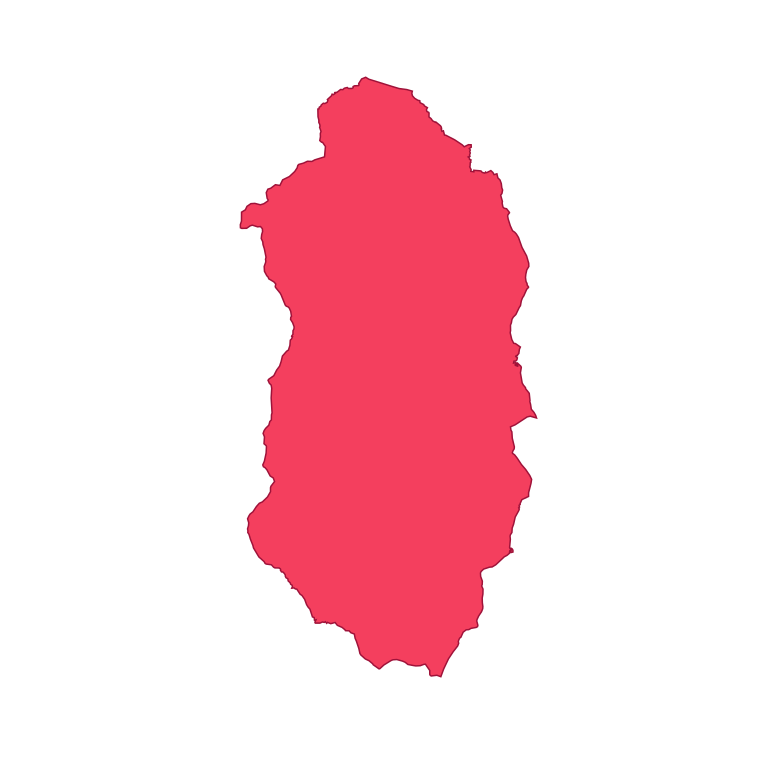 outline of Ieud, Maramures, Romania, rotated 340°
{"feature_id": "2599482B19254849512468", "entity_name": "Ieud", "entity_type": "district", "adm_level": 2, "iso_a3": "ROU", "parent_name": "Romania", "parent_adm1": "Maramures", "projection": "orthographic", "projection_center": [24.211, 47.638], "detail": "fine", "context": "isolated", "style": "filled", "palette": "rose", "viewbox_px": 768, "rotation_deg": 340, "n_neighbors": 0, "source": "geoboundaries", "source_scale": "gbopen_adm2", "svg_char_len": 6145}
<svg xmlns="http://www.w3.org/2000/svg" viewBox="0 0 768 768"><g transform="rotate(340 384 384)"><path d="M337.3,678.5L342.6,672.2L350.6,664.3L357.5,659.2L363.6,655.4L365.5,653.2L365.7,651.5L366.8,650.0L368.3,648.6L369.6,648.3L373.5,644.3L377.2,643.1L379.6,643.8L382.3,643.4L387.4,644.3L388.9,644.0L389.7,642.8L390.1,638.4L390.9,637.1L393.6,634.4L397.8,631.3L399.9,628.9L400.8,626.9L401.6,623.2L403.1,618.7L405.1,615.2L406.9,610.6L406.7,607.2L407.7,606.0L409.0,602.9L409.0,597.9L410.0,594.6L411.1,593.4L414.3,592.0L420.5,592.2L423.0,592.9L427.2,592.1L438.0,587.5L441.0,587.1L443.9,586.0L445.2,583.6L446.6,582.9L446.9,583.4L445.6,584.7L445.6,585.8L447.7,586.0L448.3,584.3L448.1,582.9L447.3,581.8L446.1,581.4L446.1,580.6L449.6,573.2L450.4,570.1L451.1,569.0L453.4,567.3L455.2,563.2L457.8,560.1L461.8,553.9L467.5,548.9L468.4,547.7L468.2,546.4L469.3,546.0L469.3,544.7L469.7,544.0L470.7,543.9L471.0,542.9L474.0,539.8L481.4,539.1L482.7,535.6L488.1,527.7L490.1,524.1L489.7,519.9L487.9,512.8L485.6,506.7L483.8,499.2L482.5,495.2L481.1,493.2L481.1,492.5L482.3,490.9L484.1,489.5L485.0,487.7L486.0,478.8L487.8,472.7L487.5,470.8L488.2,467.5L493.3,467.2L507.3,463.9L510.4,464.3L515.7,468.1L515.8,465.3L515.2,461.9L513.8,458.1L514.8,453.1L515.0,450.3L515.5,449.6L517.3,442.4L515.5,437.0L515.7,435.7L514.6,432.7L514.2,430.3L516.0,420.2L518.7,415.4L518.7,414.2L516.5,409.8L516.0,409.8L515.9,412.9L515.7,413.0L513.8,411.4L513.8,410.8L514.1,410.6L515.2,411.0L515.5,410.0L515.2,409.1L512.9,408.6L514.0,407.0L515.5,407.5L517.1,406.8L518.3,405.0L517.2,403.2L517.7,402.7L519.1,403.0L519.2,402.4L521.1,401.5L523.1,397.7L524.8,395.9L521.4,391.0L519.8,390.1L519.3,385.8L520.1,379.0L521.2,377.1L523.0,371.9L524.6,370.1L526.4,367.0L528.3,365.4L531.7,363.8L537.4,358.2L539.0,357.1L541.5,352.8L543.7,350.3L545.5,349.0L550.5,343.8L552.8,342.7L553.0,342.1L552.4,340.1L552.8,338.4L552.5,336.3L553.4,332.3L554.8,329.4L557.2,325.6L560.3,323.1L561.3,320.0L561.8,312.5L560.4,302.8L560.5,292.4L559.7,288.4L558.8,286.2L557.2,283.9L556.8,278.5L557.1,271.6L557.6,268.6L558.3,267.4L560.5,266.0L560.5,265.5L559.1,261.2L557.1,260.0L556.3,258.3L556.9,254.4L557.7,253.0L558.2,246.5L560.0,245.3L561.8,242.3L561.8,239.9L562.8,235.7L562.8,232.0L561.5,229.2L562.0,225.1L559.0,224.9L558.7,222.5L557.4,220.0L552.9,220.5L552.2,220.3L551.9,219.6L550.8,220.3L548.7,218.8L548.0,217.0L546.5,216.2L541.5,213.9L541.0,215.3L538.3,213.9L539.2,212.3L538.8,209.2L539.3,208.9L540.7,205.6L541.5,205.3L541.7,203.9L542.4,203.3L541.2,202.1L541.6,200.9L540.8,199.5L542.7,199.4L542.7,198.1L544.1,196.4L544.0,194.9L545.1,193.7L544.7,191.9L547.0,191.3L547.7,189.0L545.2,188.0L540.5,188.5L539.3,186.0L534.0,178.8L527.2,171.4L526.0,170.8L526.4,166.4L524.9,166.4L525.0,163.9L525.4,163.9L525.7,162.2L525.4,160.7L522.3,155.5L521.8,155.7L519.7,153.3L519.0,150.7L517.6,148.4L519.0,144.8L518.9,144.0L517.5,142.6L517.6,141.5L517.9,140.4L519.3,139.2L517.1,136.5L516.9,135.0L514.1,132.0L514.5,130.0L512.9,129.0L510.5,126.0L509.3,122.9L509.6,120.3L510.8,118.5L506.1,115.1L499.2,111.5L493.7,107.4L474.0,92.4L471.7,89.5L467.3,89.7L463.0,93.0L462.8,94.4L462.2,94.9L458.2,93.7L456.7,93.9L456.4,95.0L455.0,95.3L451.6,94.1L450.9,92.8L447.9,92.5L446.0,93.3L443.9,92.4L439.7,93.8L437.4,93.3L437.2,93.6L437.6,94.2L435.4,94.8L434.4,93.9L433.2,95.2L428.1,97.3L428.3,98.3L426.9,99.9L424.3,100.2L423.0,99.4L420.4,100.4L419.6,101.4L417.8,101.8L417.0,103.2L415.9,103.0L413.4,110.3L413.0,113.8L412.2,116.0L412.4,117.9L412.1,119.8L411.3,120.7L411.2,125.1L409.8,126.9L408.8,130.0L406.9,133.3L408.0,135.4L408.9,135.9L410.2,140.8L405.8,150.2L395.6,149.7L392.4,150.2L388.2,148.5L383.8,148.9L379.1,148.5L377.8,149.1L376.3,151.2L372.8,153.8L366.0,156.7L358.6,157.5L354.1,161.8L350.1,159.6L344.5,161.3L341.5,161.2L338.8,163.9L337.7,169.6L338.1,171.4L337.4,172.3L332.7,173.5L329.1,173.3L324.4,170.1L320.6,169.0L316.0,170.2L313.3,172.9L308.9,173.8L305.8,182.2L303.5,185.1L302.5,188.1L303.5,189.1L308.2,190.7L312.4,189.6L314.6,189.7L319.0,193.1L321.8,193.8L322.8,196.5L322.0,199.3L320.2,201.7L318.4,205.3L318.7,208.9L318.0,211.6L317.8,216.0L316.5,224.5L315.3,226.3L315.0,228.0L314.3,229.3L311.6,232.6L310.2,237.3L310.9,242.2L311.7,244.0L311.7,245.8L315.4,250.3L316.5,253.0L315.1,255.3L315.1,256.1L317.5,263.1L317.8,265.0L318.2,276.0L318.7,277.3L320.3,278.8L320.9,280.1L321.2,283.8L320.2,288.8L319.2,289.4L318.3,291.4L319.1,295.1L319.1,299.6L318.1,301.6L316.7,302.8L315.4,306.2L313.7,307.3L313.5,307.7L314.2,308.2L312.6,310.0L310.9,310.8L308.8,315.5L305.8,319.4L303.7,319.9L298.1,323.0L295.1,327.6L292.0,331.5L287.9,334.2L283.3,338.5L277.6,340.0L276.3,340.8L276.5,344.0L277.6,346.5L277.0,349.7L273.2,358.5L268.9,372.9L267.7,374.5L265.9,379.2L263.9,380.2L261.7,383.3L257.6,385.2L255.4,386.8L253.5,389.1L253.6,392.8L250.8,399.1L252.2,401.6L252.1,402.7L249.6,408.6L245.2,415.6L242.4,418.6L242.4,420.5L243.6,421.9L244.6,424.5L245.6,431.5L247.8,434.4L247.8,438.2L242.8,441.4L241.9,442.6L240.5,446.4L235.9,450.3L229.4,453.2L226.1,453.4L222.2,455.5L217.1,459.3L213.7,460.4L212.0,461.7L209.7,464.0L209.4,468.2L208.1,470.9L206.2,473.5L205.9,475.5L205.2,477.0L205.7,479.0L205.4,484.3L205.6,490.8L205.3,493.4L207.3,503.8L210.6,509.9L210.9,511.9L211.7,512.9L216.4,515.4L217.6,518.4L218.6,519.5L222.5,521.0L223.4,522.2L223.4,523.0L223.0,523.5L223.4,525.5L224.7,526.1L225.4,527.6L225.9,529.4L225.5,531.2L225.7,532.6L227.0,534.1L226.6,536.3L227.8,538.6L227.8,540.3L228.8,541.6L228.7,543.0L227.5,544.3L229.7,544.8L230.6,546.3L231.9,546.9L233.3,552.9L234.6,554.6L235.8,559.2L235.8,564.9L236.4,567.8L237.4,570.3L237.1,578.4L238.5,579.6L237.9,582.1L239.5,582.3L237.6,584.2L237.7,585.2L242.1,586.8L244.8,586.6L246.4,587.6L247.6,587.3L248.3,589.3L249.4,588.7L252.0,591.0L256.5,591.4L257.6,594.8L261.4,598.4L263.3,601.7L263.4,602.6L266.8,604.0L267.8,606.4L270.6,608.8L269.9,613.1L270.1,616.1L269.9,623.9L269.2,629.0L269.6,630.8L272.4,636.0L275.3,638.9L277.7,643.1L277.8,644.1L281.9,650.0L282.7,650.1L287.8,648.0L295.9,646.3L298.0,646.2L301.8,647.3L306.7,650.8L308.7,652.7L310.5,655.7L315.3,658.6L317.5,659.8L321.7,661.1L325.7,661.1L327.1,661.5L329.0,668.8L327.7,672.5L327.8,673.6L328.5,674.5L334.1,675.8L337.3,678.5Z" fill="#f43f5e" stroke="#9f1239" stroke-width="1.5"/></g></svg>